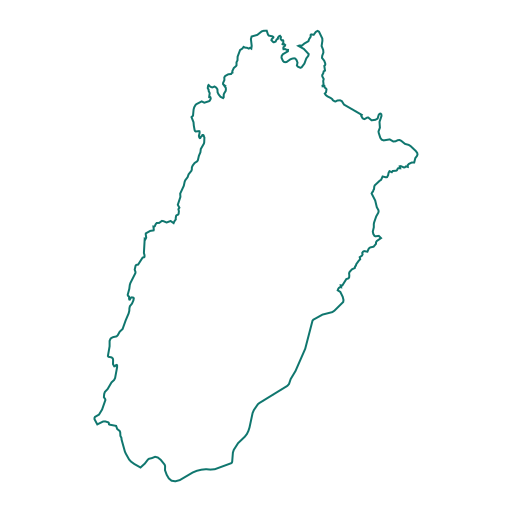 the Province of Punjab
{"feature_id": "PAK-1113", "entity_name": "Punjab", "entity_type": "Province", "adm_level": 1, "iso_a3": "PAK", "parent_name": "Pakistan", "parent_adm1": "", "projection": "equal_earth", "projection_center": [72.142, 30.862], "detail": "fine", "context": "isolated", "style": "outline", "palette": "teal", "viewbox_px": 512, "rotation_deg": 0, "n_neighbors": 0, "source": "natural_earth", "source_scale": "10m", "svg_char_len": 5960}
<svg xmlns="http://www.w3.org/2000/svg" viewBox="0 0 512 512"><path d="M410.6,146.1L415.7,150.9L417.2,152.9L417.5,154.5L417.0,155.9L415.3,158.1L414.2,162.5L411.8,162.5L408.9,163.9L407.7,165.2L407.8,166.9L405.9,166.4L404.9,167.3L404.0,167.5L400.7,166.1L399.7,166.3L400.2,168.3L398.3,168.2L397.8,168.5L396.9,170.3L396.2,170.7L392.7,171.0L391.8,172.2L389.5,171.2L388.6,172.8L388.1,175.2L387.1,177.1L386.0,177.3L382.6,176.5L381.1,179.8L379.6,180.8L374.8,185.3L374.3,186.4L374.0,189.2L373.4,190.1L373.0,191.6L372.3,192.1L371.6,193.5L375.2,200.5L376.8,207.2L378.4,210.1L378.6,211.4L378.3,212.7L376.2,216.4L374.1,222.5L373.8,224.1L373.8,227.3L372.8,231.6L373.3,234.0L374.5,235.9L375.4,236.3L378.8,235.9L381.0,238.1L376.8,241.0L376.0,242.3L376.0,243.8L373.6,246.7L370.4,247.4L369.5,247.9L368.6,248.9L367.4,251.7L364.2,251.1L363.0,251.7L362.2,253.0L362.6,254.3L362.0,255.6L359.7,257.2L360.2,259.2L358.6,260.9L356.2,264.3L355.9,265.7L355.1,266.4L354.8,268.0L352.0,269.3L349.6,271.9L349.1,273.2L349.3,275.8L349.1,277.5L348.4,278.4L346.3,279.1L342.3,285.5L340.7,285.3L341.1,287.3L340.1,287.1L339.0,287.8L338.2,288.9L337.7,290.3L340.3,291.9L342.7,296.8L343.5,300.0L343.2,302.0L334.4,310.7L332.3,312.1L322.5,314.6L313.3,319.7L312.5,320.7L305.2,348.8L295.5,371.0L290.7,379.0L289.0,384.0L287.4,385.8L259.4,403.0L257.9,404.2L253.9,410.0L252.6,413.0L249.5,427.5L248.4,430.9L246.9,434.0L244.8,436.7L238.1,443.1L233.8,449.8L232.9,452.6L232.2,461.5L231.9,462.6L231.2,463.2L214.9,469.2L210.4,469.6L206.1,469.2L201.4,469.7L196.8,470.8L192.7,472.5L179.8,480.1L175.3,481.3L171.5,480.7L168.8,478.4L166.7,474.8L165.0,470.2L165.1,466.1L164.6,464.6L160.7,459.8L157.8,457.5L155.1,456.8L151.9,458.1L148.9,458.8L147.9,459.6L144.8,463.6L140.5,467.5L134.3,464.0L131.0,461.6L129.1,459.5L125.8,453.6L124.9,451.6L121.6,439.7L121.4,437.8L120.4,435.9L120.2,432.3L119.7,431.0L117.2,429.0L116.1,425.9L109.4,424.6L109.0,424.3L108.8,422.9L108.4,422.4L105.2,421.4L103.1,421.5L97.3,424.4L94.5,419.2L94.5,417.9L95.0,416.9L99.0,414.6L102.1,409.5L105.4,400.0L105.2,399.1L103.9,397.2L104.2,393.9L104.9,391.9L107.6,389.1L111.5,382.4L114.1,380.0L115.1,378.0L117.1,367.2L117.1,365.3L116.7,364.9L116.2,365.0L114.8,366.3L114.2,366.3L113.0,364.1L113.1,359.9L112.8,358.5L111.6,357.4L108.5,356.8L107.9,356.0L109.6,346.3L109.6,340.9L110.5,338.8L111.3,338.0L113.2,337.1L116.5,336.4L117.7,335.3L119.7,331.7L122.6,329.0L125.7,320.3L128.6,313.5L129.3,310.8L129.4,308.4L129.9,306.2L132.0,303.6L133.4,300.4L133.8,298.2L133.0,297.5L131.4,297.4L130.6,298.1L129.8,299.6L129.4,299.6L129.1,298.9L129.1,296.6L127.9,295.7L127.7,294.8L129.3,288.8L129.8,284.9L130.4,283.0L135.4,273.1L135.5,272.0L134.7,269.6L135.6,265.7L136.3,264.9L138.1,264.6L142.6,257.6L144.2,257.2L144.5,256.8L144.5,255.1L143.9,253.0L144.7,238.9L145.3,239.4L146.2,237.7L145.7,234.1L145.8,233.4L150.2,230.9L153.6,230.4L153.8,229.6L153.4,226.5L154.3,226.6L154.8,226.2L155.6,224.3L156.7,223.0L159.2,222.9L161.9,220.9L163.5,221.2L166.6,222.5L170.6,221.0L173.6,223.1L174.4,221.3L175.8,219.4L175.7,218.1L176.1,215.9L176.5,215.3L178.1,214.6L178.6,213.8L178.9,211.2L178.4,209.2L179.4,207.7L177.8,204.8L180.4,196.9L180.2,193.6L183.8,185.8L184.7,181.6L185.3,180.2L187.6,177.2L188.6,174.3L191.4,170.8L191.8,169.6L191.9,167.3L192.7,165.5L194.6,163.0L197.2,161.3L197.9,160.1L198.9,155.8L200.4,152.3L200.8,149.0L203.9,143.6L204.2,142.4L204.4,137.5L203.8,136.3L203.7,135.5L203.1,135.0L202.4,135.0L201.8,136.1L201.0,136.6L200.3,138.0L199.8,138.1L199.3,137.5L198.9,135.9L199.6,132.9L199.5,131.3L199.1,131.1L195.7,131.5L195.1,131.1L194.6,130.1L193.8,125.6L193.5,122.2L191.5,117.1L193.0,115.7L193.6,109.5L194.2,107.3L195.5,105.0L196.3,104.2L201.7,101.4L204.3,102.7L209.0,101.2L209.7,100.7L210.6,99.0L210.7,98.2L210.3,97.1L209.2,97.1L209.2,96.8L209.7,93.1L208.7,91.1L208.6,89.6L207.8,88.4L207.8,87.5L208.2,85.4L208.6,85.0L210.0,86.5L211.5,87.2L212.4,87.4L214.5,86.5L216.2,87.6L217.4,89.3L217.6,92.4L218.6,94.4L220.5,96.8L223.1,98.1L223.7,97.3L223.7,94.6L224.2,93.3L225.7,90.9L225.9,89.4L225.8,87.9L223.8,85.1L224.2,85.1L223.2,84.3L223.0,83.2L224.4,80.0L224.3,77.4L225.2,76.0L228.2,74.3L231.1,74.0L232.0,72.8L232.5,72.6L232.3,71.2L233.8,68.0L236.0,66.1L236.5,65.4L236.5,62.3L237.5,60.3L237.6,56.7L240.1,50.0L242.3,48.6L243.6,46.9L245.0,47.6L247.0,47.8L248.8,48.6L250.1,47.8L251.3,48.6L251.7,45.9L250.9,39.1L251.6,36.5L257.3,34.9L261.7,31.4L263.6,30.8L266.7,30.7L268.0,34.6L268.8,35.6L272.3,36.3L273.3,36.9L273.4,37.5L271.7,39.2L271.4,40.2L273.0,41.9L273.8,42.3L275.6,41.6L276.7,39.4L277.9,38.8L278.0,37.5L279.1,36.2L280.0,35.8L281.0,37.1L280.5,38.6L280.8,39.2L281.8,40.4L282.9,40.2L283.3,40.8L283.3,42.7L282.5,44.1L283.1,44.5L284.3,44.2L285.2,45.0L284.9,45.9L283.4,47.3L283.3,48.4L283.5,49.2L285.3,49.1L286.5,49.8L288.0,49.9L287.9,51.3L282.9,54.2L281.7,55.9L281.5,57.8L283.0,61.0L284.1,62.0L285.4,62.2L286.6,62.0L290.4,59.3L292.3,58.6L294.2,58.3L295.3,58.6L296.6,60.2L297.5,62.7L296.9,65.5L297.9,66.7L300.4,67.8L301.6,67.3L304.4,63.6L306.3,58.4L308.3,55.8L308.7,54.1L303.8,48.9L298.4,45.9L299.4,45.5L301.9,45.6L304.4,43.5L308.4,41.2L309.1,39.2L310.7,36.7L310.6,35.0L311.2,34.4L313.7,34.8L315.8,31.9L317.6,30.9L319.0,31.7L322.3,38.5L322.4,40.8L321.6,46.0L323.2,50.0L323.4,52.6L322.2,55.8L322.0,57.9L324.2,60.7L325.2,63.3L325.3,64.4L325.1,65.1L324.3,65.9L325.0,70.6L323.7,71.3L323.2,73.4L322.2,75.1L322.3,76.4L323.7,79.0L323.2,81.0L323.6,85.0L322.5,85.6L322.6,86.3L324.4,86.0L324.7,87.5L326.2,88.7L326.5,89.4L326.0,92.3L324.8,93.6L325.8,95.1L327.5,96.4L330.7,98.0L332.3,99.2L332.8,100.2L334.6,101.3L335.5,101.5L337.4,100.5L340.0,100.3L341.8,101.1L344.0,104.6L361.8,114.9L361.2,115.8L362.5,118.1L363.4,118.8L364.5,119.1L367.2,117.6L368.2,117.5L371.6,120.3L375.4,119.8L377.6,118.6L378.7,114.9L379.6,113.8L380.6,113.6L381.3,114.3L381.5,115.9L379.5,121.9L379.9,127.7L378.5,131.4L378.7,132.8L380.3,137.8L381.7,139.7L383.7,140.4L389.7,139.4L393.3,141.5L395.5,141.3L397.8,140.2L399.5,140.0L401.2,140.8L405.0,143.9L408.7,144.9L410.6,146.1Z" fill="none" stroke="#0f766e" stroke-width="2"/></svg>